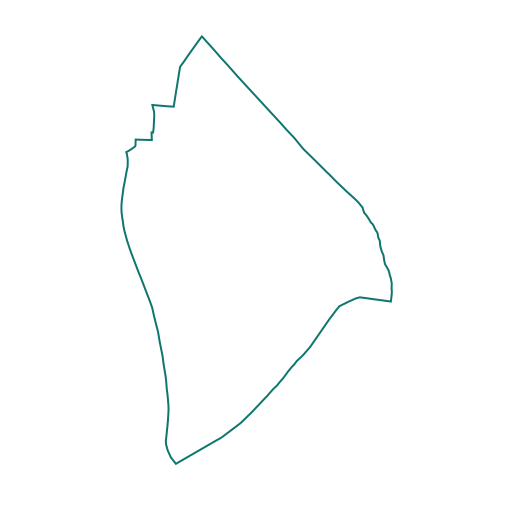 outline of An Bien, Kiên Giang, Vietnam, rotated 185°
{"feature_id": "81297802B3825263519858", "entity_name": "An Bien", "entity_type": "district", "adm_level": 2, "iso_a3": "VNM", "parent_name": "Vietnam", "parent_adm1": "Kiên Giang", "projection": "equal_earth", "projection_center": [105.023, 9.827], "detail": "fine", "context": "isolated", "style": "outline", "palette": "teal", "viewbox_px": 512, "rotation_deg": 185, "n_neighbors": 0, "source": "geoboundaries", "source_scale": "gbopen_adm2", "svg_char_len": 3234}
<svg xmlns="http://www.w3.org/2000/svg" viewBox="0 0 512 512"><g transform="rotate(185 256 256)"><path d="M381.8,250.8L379.9,246.8L371.2,228.8L369.5,225.7L362.1,210.5L358.1,202.4L355.4,196.5L354.9,195.4L352.1,186.5L348.3,175.6L347.0,172.0L344.4,161.9L340.7,149.4L340.1,147.0L338.7,140.5L337.5,135.8L335.5,128.1L335.5,127.9L334.8,124.6L334.0,120.1L333.3,115.7L332.3,111.3L331.6,107.6L330.3,100.1L329.8,96.3L329.6,92.3L329.4,84.4L329.4,77.6L329.5,75.8L329.5,71.3L329.7,64.0L329.1,60.2L327.0,54.6L323.2,47.9L317.7,42.0L278.9,69.2L276.3,70.9L273.8,72.8L256.8,88.2L246.7,99.9L233.8,116.2L232.7,117.4L231.1,119.7L228.4,123.4L226.9,125.4L225.6,126.8L224.7,127.7L223.8,128.8L222.9,130.1L222.3,131.0L221.7,132.0L221.0,132.9L220.3,133.9L219.5,135.0L218.6,136.2L217.8,137.4L216.7,139.3L215.3,141.5L213.9,143.9L212.1,146.5L211.0,148.1L209.8,149.8L208.6,151.1L207.9,152.2L206.9,153.8L206.2,155.0L205.9,155.3L204.6,156.7L202.5,159.0L201.5,160.2L200.4,161.5L199.1,163.2L197.5,165.5L195.4,168.3L194.5,169.5L193.8,170.7L177.6,199.1L171.3,209.2L168.6,213.1L168.5,213.3L160.1,218.4L152.8,222.5L149.0,223.9L117.7,222.4L117.5,227.9L117.5,229.3L117.5,231.3L117.7,233.1L118.0,234.9L118.2,237.2L118.3,239.2L118.4,240.3L118.6,241.5L118.9,242.5L119.3,243.8L119.6,245.2L121.0,248.5L121.8,251.1L122.3,252.2L122.7,253.2L123.2,254.0L123.9,255.1L124.5,256.0L125.3,257.1L125.7,257.7L126.1,258.1L126.4,258.7L126.9,259.6L127.2,260.4L127.6,261.8L128.1,263.5L128.7,266.2L129.0,267.6L129.6,268.8L130.4,270.2L130.9,271.1L131.2,271.7L131.4,272.3L131.7,272.9L132.2,274.2L132.7,275.8L133.2,277.4L133.4,278.4L133.6,279.3L133.7,280.5L133.9,281.5L134.1,282.1L134.3,282.5L134.8,283.3L135.3,284.2L135.7,284.8L135.9,285.4L136.1,286.0L136.3,287.0L136.5,287.8L136.7,288.6L137.0,289.4L137.4,290.2L138.0,290.9L139.0,292.1L139.4,292.7L140.5,294.5L141.0,295.6L141.7,296.7L142.1,297.3L143.0,298.3L143.8,298.9L144.5,299.4L144.9,300.0L145.7,301.1L147.0,303.0L147.9,304.1L148.6,305.0L149.5,306.0L150.4,306.9L151.3,307.8L151.5,308.0L152.0,308.5L152.3,309.2L153.1,311.0L153.7,312.4L153.8,312.9L153.9,313.3L154.1,313.6L154.4,313.9L155.5,315.0L158.3,317.9L161.4,320.6L164.6,323.1L166.7,324.7L171.8,328.5L175.5,331.5L180.9,335.8L182.6,337.2L184.3,338.6L190.2,343.7L192.8,345.7L200.9,352.5L209.1,359.3L217.3,366.0L219.3,367.8L228.0,376.8L237.2,385.0L241.2,388.8L246.4,393.6L253.8,400.3L265.5,411.0L276.6,421.1L278.7,423.0L289.4,432.8L290.7,434.0L299.1,442.0L303.1,445.7L308.7,450.8L315.8,457.7L328.6,469.6L329.1,470.0L331.9,465.5L335.3,459.7L338.8,453.8L342.2,447.9L342.9,446.6L345.7,441.8L347.5,438.9L348.0,437.9L348.2,436.9L348.3,435.3L348.6,431.7L349.3,421.5L350.1,411.0L351.0,397.6L358.5,397.4L365.9,397.4L372.4,397.4L371.8,395.5L371.4,394.5L370.0,390.3L369.6,386.9L369.1,374.3L369.3,370.0L370.8,370.0L369.9,362.5L372.5,362.3L375.0,362.1L386.0,361.5L385.7,355.4L385.9,355.0L386.1,354.6L386.3,354.3L387.0,353.7L389.8,351.3L392.2,349.5L394.3,348.2L393.6,346.5L392.8,343.6L392.3,341.5L392.0,338.9L391.9,337.5L391.7,334.1L391.8,333.1L392.3,329.0L393.6,315.0L394.0,312.1L394.1,307.4L394.3,304.6L394.5,298.0L394.4,293.9L394.2,291.7L393.8,288.1L392.5,282.1L391.4,277.9L390.9,275.2L390.3,273.1L389.5,270.2L387.8,265.6L385.9,260.4L381.8,250.8Z" fill="none" stroke="#0f766e" stroke-width="2"/></g></svg>